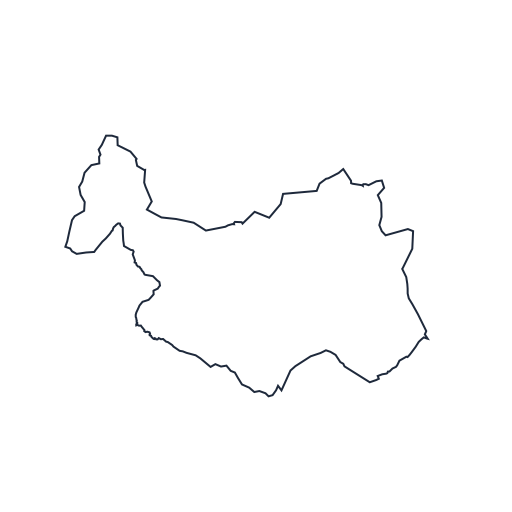 Livadi, Paphos, Cyprus, rotated 116°
{"feature_id": "46923920B69723035623525", "entity_name": "Livadi", "entity_type": "district", "adm_level": 2, "iso_a3": "CYP", "parent_name": "Cyprus", "parent_adm1": "Paphos", "projection": "robinson", "projection_center": [32.608, 35.096], "detail": "fine", "context": "isolated", "style": "outline", "palette": "slate", "viewbox_px": 512, "rotation_deg": 116, "n_neighbors": 0, "source": "geoboundaries", "source_scale": "gbopen_adm2", "svg_char_len": 3100}
<svg xmlns="http://www.w3.org/2000/svg" viewBox="0 0 512 512"><g transform="rotate(116 256 256)"><path d="M280.4,75.5L277.5,74.6L274.2,73.9L270.9,73.3L267.7,72.7L261.9,72.1L258.4,70.8L255.6,69.5L255.2,65.9L255.1,65.4L252.4,69.9L249.3,70.0L248.8,70.1L237.3,85.0L230.8,94.3L227.1,100.1L223.3,103.2L218.7,105.5L214.9,107.7L209.1,111.7L203.5,118.9L202.4,118.8L181.0,118.7L164.8,125.7L165.2,131.3L180.6,148.6L178.6,153.7L178.5,153.8L178.3,154.1L174.2,158.7L165.8,160.3L153.4,166.7L147.9,173.2L138.6,170.7L133.0,176.0L136.1,180.6L143.0,185.9L143.3,188.8L144.4,191.0L145.4,191.3L146.1,190.8L146.0,192.1L148.7,200.8L148.9,202.4L146.7,203.6L139.6,215.7L140.0,215.9L145.1,218.1L154.4,225.0L155.9,226.9L163.1,230.6L170.9,230.0L188.3,258.9L198.5,256.6L215.8,260.9L216.9,276.6L232.8,282.3L231.9,283.7L234.6,289.9L236.5,290.3L237.1,289.7L237.8,291.4L240.7,294.6L243.1,296.3L255.1,312.2L253.4,326.6L256.2,338.0L257.8,344.1L262.8,357.9L262.5,365.6L262.1,374.4L252.7,373.6L242.0,385.8L239.0,388.7L227.2,393.4L227.7,394.1L227.1,402.3L222.3,406.1L221.1,405.9L217.2,414.6L217.1,428.9L210.1,432.6L211.0,438.2L213.6,443.5L223.7,443.3L229.3,444.1L233.1,440.2L235.7,440.5L241.5,437.4L246.5,443.8L256.3,446.6L265.3,444.8L271.5,445.3L278.0,440.4L282.6,433.6L290.7,430.3L299.7,436.4L304.4,437.1L315.8,434.5L325.5,432.1L331.3,431.4L330.7,426.3L332.4,423.4L332.7,418.1L327.3,410.2L323.3,403.2L320.8,402.8L310.5,400.4L306.1,398.7L300.0,397.0L296.6,396.6L295.9,396.1L294.0,396.5L292.4,396.5L290.6,395.7L289.2,395.3L287.1,394.2L286.5,392.5L287.9,391.2L289.0,388.2L294.2,385.5L300.3,382.1L302.6,380.5L304.9,379.0L305.4,371.2L304.8,369.2L305.7,367.9L308.6,367.5L313.0,362.9L315.0,362.3L314.9,360.7L316.3,359.6L317.2,357.5L316.8,356.0L317.2,355.1L317.7,354.7L318.1,353.3L319.0,352.4L319.9,350.1L321.2,348.5L321.5,348.0L321.4,347.1L319.3,339.8L321.2,334.3L321.8,331.4L324.7,329.3L326.7,329.8L328.4,330.0L331.6,332.6L332.3,332.9L335.3,331.2L340.0,332.5L342.5,333.3L346.9,337.9L351.6,339.0L353.3,338.9L359.2,338.8L361.8,338.3L362.2,338.0L363.5,337.4L364.3,336.4L365.2,335.9L366.2,334.9L366.8,334.9L367.3,334.5L368.1,334.0L368.0,333.5L368.5,333.2L369.9,333.7L370.8,333.2L369.9,332.4L369.9,330.6L369.0,329.0L369.9,327.4L370.3,326.4L371.6,323.7L372.5,323.5L372.8,321.9L371.7,320.5L371.3,318.2L372.2,317.2L373.4,317.2L373.9,316.8L373.7,315.4L374.6,314.4L375.4,311.7L375.2,311.0L374.3,311.0L374.2,310.2L374.7,309.2L374.1,307.9L372.4,307.4L372.5,305.0L371.3,303.1L372.4,299.2L372.0,297.6L372.8,292.2L373.6,290.5L374.7,283.1L373.8,280.0L373.5,276.0L371.7,266.7L372.4,261.2L375.6,248.2L371.0,245.1L370.7,239.0L367.5,234.5L370.3,228.4L370.0,223.9L373.5,218.8L377.6,212.3L377.3,204.4L379.0,197.9L375.9,193.8L375.2,187.3L376.6,183.2L373.8,180.1L367.9,179.1L363.0,179.3L365.6,174.2L343.8,174.8L337.7,172.3L334.6,170.4L322.2,162.9L314.8,155.4L310.1,151.8L309.5,147.1L310.0,141.1L314.4,133.7L314.6,130.3L316.4,128.1L317.0,122.7L319.6,98.4L314.9,93.7L312.5,91.8L310.5,94.0L307.0,90.7L304.6,87.3L303.7,86.6L302.1,86.8L301.3,85.4L297.3,84.0L294.3,81.6L292.4,81.2L287.2,81.2L280.6,76.7L280.4,75.5Z" fill="none" stroke="#1e293b" stroke-width="2"/></g></svg>